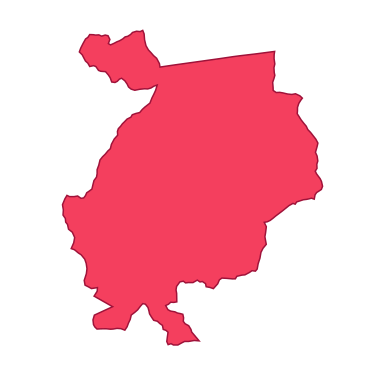 Trindade, Goiás, Brazil (Natural Earth projection), rotated 7°
{"feature_id": "56859067B82243960119331", "entity_name": "Trindade", "entity_type": "district", "adm_level": 2, "iso_a3": "BRA", "parent_name": "Brazil", "parent_adm1": "Goiás", "projection": "natural_earth1", "projection_center": [-49.558, -16.651], "detail": "fine", "context": "isolated", "style": "filled", "palette": "rose", "viewbox_px": 384, "rotation_deg": 7, "n_neighbors": 0, "source": "geoboundaries", "source_scale": "gbopen_adm2", "svg_char_len": 3619}
<svg xmlns="http://www.w3.org/2000/svg" viewBox="0 0 384 384"><g transform="rotate(7 192 192)"><path d="M266.4,255.1L267.5,249.4L267.8,243.5L269.3,239.3L272.1,234.9L270.8,230.8L269.8,227.5L270.0,223.6L270.0,217.4L267.4,213.3L270.3,212.4L273.0,210.7L275.5,208.3L277.9,205.7L280.6,203.1L284.2,199.6L289.9,193.7L293.6,191.0L295.9,191.5L297.1,189.1L299.9,187.8L303.5,186.1L306.4,185.4L308.8,184.6L311.3,183.6L314.2,184.2L314.5,179.8L315.8,177.3L317.9,175.6L320.1,173.7L320.9,170.4L319.2,165.7L317.5,163.1L315.3,160.8L313.4,158.8L311.8,156.3L313.2,153.3L312.5,149.2L313.1,145.9L311.8,141.1L309.7,137.6L310.6,131.9L311.0,128.1L308.5,124.5L305.2,121.2L302.4,118.4L299.3,115.9L297.4,112.8L294.5,110.1L291.5,107.1L289.0,104.0L286.9,101.5L286.8,98.7L286.4,95.2L287.2,91.1L288.7,87.8L290.1,85.4L287.4,83.4L282.8,81.9L279.2,83.0L275.0,83.1L270.5,82.6L267.0,82.4L263.4,83.0L260.2,81.3L259.7,78.1L258.7,73.3L259.5,69.5L260.0,66.1L259.1,63.5L258.2,58.7L258.6,54.8L257.2,49.6L256.8,45.6L256.9,42.4L238.7,47.1L222.3,51.1L216.5,52.6L203.8,56.1L158.1,68.3L145.0,71.9L144.0,68.5L140.6,63.6L137.2,61.3L134.2,58.6L131.4,56.3L128.5,52.4L126.4,46.8L125.2,40.9L123.4,37.6L121.0,39.1L117.3,39.2L113.5,40.9L111.8,43.2L109.2,45.3L106.7,46.2L104.6,48.5L101.7,50.7L99.1,52.1L96.4,54.0L93.2,55.9L90.9,54.9L91.9,50.6L89.6,47.1L86.7,46.8L83.3,48.3L80.4,47.4L77.2,48.0L74.8,47.9L71.3,48.2L69.8,51.2L67.7,53.1L65.8,57.8L64.0,62.8L63.1,66.7L66.3,69.2L68.5,72.4L70.3,75.0L72.9,76.8L75.2,79.9L78.9,78.6L81.3,79.2L84.4,82.7L86.7,83.3L91.5,83.1L94.7,86.0L96.9,88.6L98.9,92.6L102.2,92.7L104.3,91.3L106.2,88.8L108.3,87.7L111.8,89.8L114.5,92.8L116.2,95.5L119.0,97.3L122.8,98.0L127.6,96.4L132.5,95.3L135.5,95.1L138.7,93.7L141.3,91.6L144.4,90.1L143.5,95.5L142.2,99.6L140.8,103.5L139.4,108.9L134.9,113.4L132.6,116.1L130.4,119.5L126.7,120.9L123.3,122.6L122.2,125.2L118.7,127.5L116.3,130.7L114.6,132.8L113.1,135.5L111.2,138.0L110.6,140.9L111.3,144.7L108.4,148.8L106.2,154.5L105.7,158.9L103.5,161.5L101.3,165.0L98.9,168.0L96.8,171.4L96.2,176.7L95.1,181.4L95.6,185.4L95.4,188.9L93.3,192.6L92.8,196.6L92.3,201.3L89.9,203.6L87.6,205.6L86.7,208.6L85.2,211.1L82.6,211.8L79.0,209.9L75.7,210.9L71.0,211.5L68.3,210.6L66.7,214.2L65.0,220.4L66.5,225.5L66.8,230.6L69.5,233.7L70.3,237.3L72.4,239.4L74.0,244.0L78.1,246.5L81.1,251.5L80.8,256.8L79.0,262.9L82.3,263.6L86.7,266.4L89.6,267.8L93.7,271.7L95.7,275.8L97.1,280.9L97.1,286.0L95.8,292.9L97.2,297.5L100.6,298.7L104.0,300.1L109.8,298.4L110.0,302.0L107.5,307.3L127.2,315.5L110.1,326.1L109.3,331.0L110.4,335.6L112.0,337.8L114.4,339.6L118.4,338.9L123.4,338.2L127.9,338.1L130.5,337.6L134.2,336.5L138.1,336.3L142.2,337.3L144.0,333.7L144.9,329.9L146.2,326.0L146.7,321.5L149.8,318.5L152.4,315.6L154.8,311.5L156.7,308.8L159.4,309.0L162.4,312.0L163.8,315.4L164.7,318.1L167.0,321.0L169.6,324.0L173.4,324.5L176.1,326.5L178.9,328.0L180.2,331.9L183.0,332.5L185.3,334.1L185.2,338.8L185.2,343.5L186.9,346.4L189.7,345.1L192.2,346.1L196.6,345.6L199.9,343.2L202.9,341.2L206.7,340.8L212.3,339.1L217.2,338.9L211.1,333.2L208.8,331.1L207.7,328.5L205.0,325.1L201.2,323.6L199.1,321.4L199.0,317.9L197.8,314.5L195.2,314.1L192.3,313.9L189.6,313.0L185.2,312.8L182.4,311.7L179.7,307.9L182.3,306.3L184.3,304.0L187.4,303.8L190.3,302.9L189.8,299.3L189.1,294.4L188.1,291.2L188.2,287.6L190.9,282.7L194.3,281.6L196.7,283.0L199.5,282.3L204.0,281.8L208.0,278.8L210.9,280.3L213.2,279.6L216.6,281.3L217.6,284.3L221.2,284.5L225.0,285.3L228.7,280.0L229.9,275.8L232.2,273.8L236.7,273.5L242.9,273.3L245.6,272.9L246.8,270.2L251.7,268.4L254.6,267.8L258.9,264.8L261.1,262.8L264.6,262.8L266.1,260.5L266.4,255.1Z" fill="#f43f5e" stroke="#9f1239" stroke-width="1.5"/></g></svg>